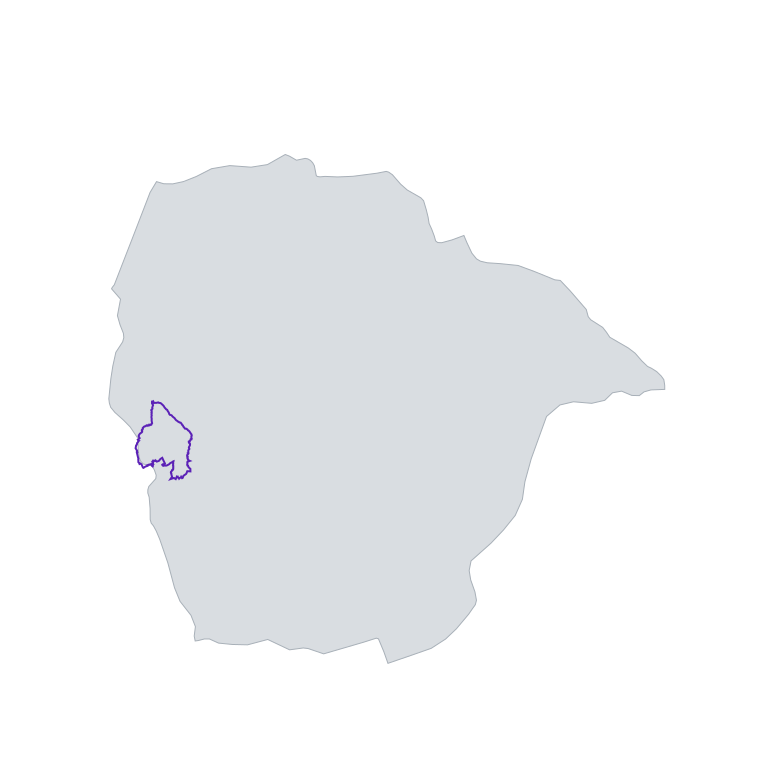 location of Mutare, Manicaland, Zimbabwe, rotated 161°
{"feature_id": "62879985B35185654442710", "entity_name": "Mutare", "entity_type": "district", "adm_level": 2, "iso_a3": "ZWE", "parent_name": "Zimbabwe", "parent_adm1": "Manicaland", "projection": "robinson", "projection_center": [32.311, -19.249], "detail": "fine", "context": "in_parent", "style": "outline", "palette": "violet", "viewbox_px": 768, "rotation_deg": 161, "n_neighbors": 0, "source": "geoboundaries", "source_scale": "gbopen_adm2", "svg_char_len": 7620}
<svg xmlns="http://www.w3.org/2000/svg" viewBox="0 0 768 768"><g transform="rotate(161 384 384)"><path d="M533.2,649.4L527.0,645.0L518.6,642.0L507.9,640.7L494.0,641.3L477.0,643.7L458.7,640.7L439.1,632.3L422.8,629.4L403.5,633.0L402.6,633.1L399.2,630.2L393.9,624.1L385.1,623.0L382.7,621.6L380.7,619.3L379.4,616.4L378.8,613.1L380.2,603.0L379.4,601.9L377.1,600.7L372.2,599.5L360.5,594.9L345.8,590.5L322.0,585.6L312.7,584.3L310.6,582.8L307.9,579.1L303.2,567.5L298.9,559.9L288.5,548.0L286.9,544.4L287.3,535.0L288.0,527.4L289.1,521.0L288.5,514.9L288.3,507.5L288.6,502.5L287.2,500.3L283.5,498.8L272.9,498.1L260.1,498.4L259.6,490.8L258.3,479.0L255.8,472.2L252.8,468.7L246.9,465.0L235.0,460.0L218.6,452.4L204.7,441.0L188.6,426.9L183.6,424.5L177.6,411.3L168.5,388.6L169.0,381.1L167.6,377.4L158.8,366.3L156.8,360.5L155.3,354.7L141.2,338.4L136.5,331.3L132.8,322.1L129.1,314.8L126.1,311.9L122.1,306.9L119.3,301.3L118.0,297.0L119.0,291.4L120.3,287.5L133.5,291.5L140.7,291.9L146.4,289.9L153.4,292.5L161.7,299.9L170.8,301.3L180.6,296.7L193.9,298.1L210.6,305.5L224.5,306.9L240.9,300.4L255.5,282.3L269.2,265.3L282.6,245.7L290.7,229.9L302.7,217.0L318.5,207.1L334.6,198.7L359.3,188.4L364.2,179.9L365.8,170.6L365.7,157.8L367.0,149.4L369.5,145.6L373.6,142.7L378.9,138.8L395.2,129.0L408.8,122.8L425.4,118.7L443.6,118.6L461.2,118.6L471.2,118.6L471.3,130.9L472.2,144.9L474.1,146.2L487.3,146.5L508.5,147.5L528.9,148.5L541.9,158.6L546.3,160.7L559.8,163.4L577.1,180.3L597.9,181.8L612.2,187.1L624.8,192.9L632.1,199.8L636.8,201.4L643.1,201.9L646.2,202.5L645.5,207.5L641.3,216.0L641.8,228.1L647.6,244.9L648.4,259.5L646.6,285.3L646.6,310.2L647.2,319.1L648.2,325.0L649.4,328.2L649.2,331.9L645.7,342.4L642.9,353.4L642.8,357.8L641.7,360.9L639.7,363.7L630.6,368.8L629.1,371.9L629.1,377.6L630.2,382.4L633.6,384.1L637.7,386.8L639.3,390.4L639.4,394.2L638.0,401.2L634.4,412.8L638.0,426.1L642.1,434.7L647.7,444.7L650.0,450.9L649.9,455.3L649.0,459.6L640.6,477.8L634.6,489.2L627.2,501.3L617.4,508.9L614.9,512.6L613.9,516.8L614.3,525.9L613.8,535.4L605.5,550.0L610.6,562.7L609.5,563.8L606.7,565.6L594.7,579.8L582.6,594.1L573.7,604.6L563.6,616.6L552.4,629.9L542.8,641.3L533.2,649.4Z" fill="#d9dde1" stroke="#a8b0b8" stroke-width="1"/><path d="M607.9,442.9L608.7,442.7L608.9,442.7L609.1,442.8L609.5,441.8L609.6,441.3L609.7,441.0L609.5,440.7L609.3,440.6L609.3,440.4L609.2,440.2L609.3,440.0L609.3,439.5L609.3,439.1L609.7,438.7L610.4,437.7L610.8,437.2L610.9,436.2L611.1,435.9L612.3,435.3L612.6,435.1L612.6,434.6L612.4,434.3L612.5,434.1L612.6,433.6L612.8,433.1L613.0,433.0L613.1,432.9L613.0,432.5L613.0,432.2L613.2,431.9L613.6,431.4L613.7,431.2L613.8,430.0L613.9,429.8L614.3,429.4L614.5,428.7L614.8,428.0L614.9,426.9L615.0,426.7L615.4,425.6L615.5,425.5L615.8,424.2L616.0,422.5L616.2,422.4L616.4,422.1L616.8,421.9L617.1,421.9L617.3,421.8L617.3,421.5L617.6,421.5L617.7,421.3L618.0,421.4L618.8,421.3L619.0,421.6L618.9,421.8L619.0,421.9L619.3,422.0L619.4,421.8L619.6,421.7L619.8,421.4L620.1,421.5L620.7,421.5L620.9,421.4L621.1,421.7L621.4,421.8L621.4,422.0L621.5,422.2L622.4,422.1L623.0,421.7L623.3,421.7L623.8,421.8L624.2,421.9L624.3,421.8L625.0,421.7L625.3,421.5L625.8,421.3L626.0,421.1L626.3,421.0L626.3,420.7L626.5,420.4L626.6,420.1L626.8,419.9L627.0,420.0L627.2,419.9L627.9,419.4L628.0,419.1L627.9,419.0L627.9,418.7L628.1,418.6L628.0,418.2L628.3,418.0L628.4,417.6L628.4,417.4L628.9,417.1L631.0,416.5L632.6,415.2L632.7,414.8L632.9,414.6L633.0,414.4L633.0,413.9L632.9,413.6L632.9,413.0L632.8,412.8L632.7,412.7L632.7,412.3L634.4,411.5L634.9,411.4L634.6,410.4L634.3,410.1L634.9,409.9L635.3,409.4L636.7,408.5L637.4,407.2L638.4,406.6L639.8,404.1L639.2,401.3L639.6,400.8L639.4,399.9L640.0,399.7L640.6,393.1L641.1,392.3L641.2,391.2L641.7,390.3L641.2,388.9L641.2,387.9L640.6,387.9L640.3,388.2L639.4,387.0L639.2,384.1L639.1,383.4L638.7,383.0L636.3,383.7L635.9,383.6L634.3,383.6L634.3,384.2L632.5,384.3L632.4,384.1L630.3,384.1L630.1,382.3L629.5,381.4L629.2,381.7L629.0,382.3L629.1,384.0L628.9,384.0L628.3,383.7L628.3,383.8L628.1,385.3L628.2,385.6L628.4,385.9L627.3,386.7L626.9,385.9L626.5,386.2L625.7,386.2L625.3,386.1L625.1,385.8L625.3,385.7L624.7,385.4L624.6,385.6L624.1,384.6L621.9,384.6L619.8,385.9L617.7,386.4L617.4,383.1L617.0,380.1L617.4,379.8L617.7,379.7L618.0,379.8L618.9,380.1L619.2,380.1L619.7,380.0L620.0,379.8L619.4,378.5L617.6,378.3L616.8,377.8L615.7,377.7L613.2,378.1L611.9,378.8L610.0,379.0L608.4,379.5L608.2,379.5L608.3,379.3L608.7,379.0L608.7,378.9L608.9,378.3L609.0,378.1L609.3,377.8L609.2,377.3L609.6,376.7L609.8,375.6L610.1,375.4L610.1,374.5L610.3,374.1L610.5,373.8L610.5,373.4L610.6,373.0L610.9,372.7L611.0,372.6L611.1,372.0L611.5,371.6L612.2,371.3L612.3,371.3L612.5,371.5L612.6,371.4L612.7,371.1L612.8,371.0L613.2,370.8L613.4,370.5L613.8,370.4L614.0,370.3L614.1,369.9L614.3,369.8L614.4,369.5L614.4,369.2L614.4,368.9L614.2,368.5L614.5,367.7L614.5,367.2L614.5,366.7L614.6,366.1L614.6,365.1L616.4,364.0L616.9,363.6L615.3,363.6L613.2,363.5L612.3,362.5L612.3,362.4L611.9,361.9L609.9,364.0L609.8,363.9L609.6,363.4L609.4,363.4L609.5,363.1L609.4,363.1L609.2,363.1L609.0,362.7L609.0,362.3L608.8,362.1L608.7,361.7L608.4,361.6L608.4,361.3L607.7,361.7L606.6,361.7L606.0,362.3L605.6,360.7L604.9,360.8L603.5,362.5L600.4,363.4L599.9,363.8L598.4,365.6L595.5,364.4L594.7,366.8L594.8,367.0L595.1,367.5L595.3,367.8L595.6,368.4L595.9,368.8L595.8,369.5L595.9,370.0L596.1,370.3L596.0,370.5L596.3,370.6L596.4,370.8L596.4,371.1L596.3,371.3L596.4,371.5L596.2,372.2L596.0,372.4L595.8,372.9L595.6,373.2L595.5,373.6L595.5,374.0L595.1,374.5L592.6,374.5L592.8,374.7L593.1,374.9L593.5,375.5L593.8,375.7L593.8,375.9L593.9,376.1L593.9,376.3L594.0,376.5L593.8,376.9L593.8,377.1L594.0,377.5L593.9,377.7L594.0,377.9L594.0,378.0L593.8,378.0L593.7,378.2L593.6,378.5L593.3,378.9L593.2,379.3L593.4,379.7L593.5,379.7L593.6,379.8L593.5,380.3L593.3,380.8L593.2,380.9L592.8,381.1L592.6,381.6L592.4,381.7L592.2,381.8L592.0,381.7L591.8,381.9L591.6,381.9L591.5,382.0L591.4,382.3L591.5,382.5L591.4,382.5L591.2,383.3L591.0,383.9L590.9,384.3L590.9,384.5L590.6,384.8L590.5,385.1L590.1,385.4L589.7,385.7L589.3,385.8L589.2,386.0L589.1,386.3L589.3,387.2L588.9,387.9L588.7,388.0L588.4,388.3L587.4,389.3L587.0,390.2L587.1,390.6L586.9,390.8L586.9,391.0L587.1,391.2L587.2,391.3L587.3,391.6L587.2,391.9L587.5,392.0L587.5,392.5L587.5,392.8L587.3,393.2L587.2,393.2L586.9,393.1L586.4,393.4L586.0,393.3L585.9,393.4L585.5,393.9L585.3,394.0L584.9,394.6L584.3,394.3L584.1,394.3L584.0,394.5L583.9,394.8L583.7,394.9L583.8,395.4L583.6,395.6L583.6,395.8L583.5,396.3L583.4,396.8L582.7,397.6L582.6,397.8L582.7,398.0L582.6,398.7L582.4,399.0L582.5,399.4L582.7,399.7L582.9,400.7L583.1,401.1L583.2,401.6L583.3,402.3L583.7,403.0L583.8,403.4L584.5,404.1L584.7,405.1L585.1,405.5L585.4,406.0L585.8,406.1L586.3,406.5L586.8,406.7L587.1,407.9L587.1,408.1L587.3,408.3L587.4,408.6L587.6,409.1L587.6,409.4L587.7,410.4L587.8,410.6L588.2,411.1L588.3,411.4L588.3,412.1L588.4,412.5L588.6,413.0L588.8,413.4L588.9,413.7L589.9,414.2L590.3,414.9L590.7,415.1L590.9,415.4L591.1,415.7L591.2,416.0L591.4,416.3L592.1,417.1L592.3,417.4L592.4,417.7L592.7,418.3L592.8,418.8L593.2,420.1L593.8,420.9L594.1,421.5L594.4,421.9L594.7,422.5L594.8,423.0L595.0,423.5L595.3,423.8L596.5,424.6L596.8,425.4L596.8,426.0L596.8,426.9L596.9,427.3L597.0,428.0L597.3,428.8L597.4,430.1L597.6,430.4L598.0,430.7L598.4,431.4L598.4,431.7L598.7,432.2L598.8,432.6L599.1,433.1L599.2,433.6L599.3,434.3L599.4,434.8L599.6,435.1L599.8,435.8L600.0,436.1L600.9,437.8L601.4,438.6L601.8,438.9L602.8,439.4L603.1,439.7L603.4,439.8L603.5,440.1L604.2,440.2L605.4,440.3L606.2,440.6L607.4,440.9L607.6,441.1L607.8,441.6L607.8,442.3L607.9,442.9Z" fill="none" stroke="#5b21b6" stroke-width="2"/></g></svg>